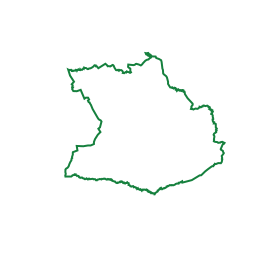 Phanat Nikhom, Chon Buri, Thailand, rotated 145°
{"feature_id": "78962969B17993818596580", "entity_name": "Phanat Nikhom", "entity_type": "district", "adm_level": 2, "iso_a3": "THA", "parent_name": "Thailand", "parent_adm1": "Chon Buri", "projection": "orthographic", "projection_center": [101.233, 13.452], "detail": "fine", "context": "isolated", "style": "outline", "palette": "green", "viewbox_px": 256, "rotation_deg": 145, "n_neighbors": 0, "source": "geoboundaries", "source_scale": "gbopen_adm2", "svg_char_len": 5721}
<svg xmlns="http://www.w3.org/2000/svg" viewBox="0 0 256 256"><g transform="rotate(145 128 128)"><path d="M143.5,210.1L145.4,204.2L145.7,196.9L149.0,196.1L148.8,194.7L150.3,193.5L149.8,192.8L151.4,192.0L151.6,189.6L148.8,187.5L144.9,186.4L146.9,177.0L145.1,177.0L143.3,175.7L143.6,173.6L145.1,173.4L145.4,171.7L144.8,170.9L145.1,169.8L145.1,168.3L146.1,163.8L147.0,153.6L147.0,151.9L146.0,149.8L146.0,148.5L150.6,144.6L152.7,144.4L152.9,140.5L156.6,139.8L161.4,137.8L163.9,136.1L165.1,134.4L168.6,135.1L170.7,136.6L175.1,138.7L180.3,142.7L182.3,138.6L187.0,139.8L187.5,139.3L188.4,137.9L190.7,136.2L190.9,135.4L192.0,135.1L193.0,133.9L194.4,133.4L196.5,132.2L198.7,130.6L200.3,130.1L202.0,130.2L203.0,129.9L204.6,127.8L205.3,126.1L206.7,125.0L207.1,124.1L202.3,120.8L201.5,120.8L200.6,121.1L199.1,120.4L198.7,120.7L198.2,120.7L197.8,120.3L198.1,120.2L198.2,119.8L197.6,119.4L197.3,118.1L197.0,118.2L196.1,117.1L196.0,116.5L196.3,115.7L195.7,115.0L195.7,114.6L194.1,113.9L194.0,113.0L193.0,112.0L193.0,111.2L192.6,110.7L191.4,110.3L191.0,110.5L190.5,109.2L190.2,109.5L189.5,108.9L189.0,108.9L188.9,108.3L188.6,108.2L188.5,107.9L186.0,106.6L185.6,105.7L185.2,105.6L184.3,104.9L184.2,103.7L183.8,103.6L183.5,103.0L182.5,103.2L181.9,102.8L180.3,102.4L179.2,101.1L178.6,101.3L177.5,100.5L176.6,100.3L176.4,99.8L175.8,99.5L175.5,98.6L175.0,97.9L174.3,98.0L174.2,97.6L173.5,97.5L173.2,96.8L172.8,96.9L172.4,96.6L172.5,96.4L172.3,95.9L171.7,96.1L171.3,95.9L171.4,94.6L170.9,94.6L170.8,93.2L169.3,91.5L169.4,90.9L169.0,89.7L168.5,89.5L168.4,89.1L168.0,88.9L167.5,89.1L167.1,88.7L166.0,88.5L165.4,88.0L164.9,88.1L164.9,88.5L164.2,88.3L163.6,87.6L163.8,87.1L163.4,86.8L163.5,85.9L162.7,85.7L162.9,85.1L162.6,84.9L162.3,84.3L161.9,84.5L160.6,83.7L160.3,83.8L160.4,84.0L159.9,84.0L160.0,83.5L159.6,83.2L159.1,82.3L160.2,81.0L159.7,80.6L159.4,79.9L159.5,78.9L158.6,77.9L158.2,78.0L157.1,77.4L157.2,76.1L156.5,76.0L155.9,75.1L155.9,74.8L155.5,74.5L155.2,73.7L155.5,73.7L155.7,73.4L155.4,73.0L155.0,73.0L155.3,72.6L154.3,72.3L154.3,71.5L153.6,70.8L153.1,70.8L153.1,70.5L153.4,70.5L153.5,70.3L152.8,69.9L152.7,68.8L152.2,69.1L151.8,68.8L151.6,69.0L151.4,68.6L150.8,68.8L149.7,68.0L149.3,67.3L148.9,67.3L148.6,66.9L148.1,67.0L147.8,66.5L148.2,66.4L148.3,66.0L147.9,65.6L147.7,64.9L148.1,64.5L148.0,64.3L147.4,64.3L147.6,63.6L147.3,63.2L146.9,63.7L146.6,63.5L146.4,62.5L146.5,61.7L145.8,61.7L145.7,60.6L145.1,60.5L144.7,59.8L144.1,59.6L143.9,59.3L144.1,58.9L143.8,58.9L143.8,58.6L142.7,59.1L140.0,59.0L139.6,59.8L137.0,59.5L136.8,60.2L135.2,60.1L135.2,58.3L132.8,58.1L132.7,57.7L131.5,57.5L129.9,57.6L129.8,57.9L129.4,57.8L129.0,57.8L128.9,57.4L126.4,57.2L126.2,56.8L125.3,56.4L125.2,56.1L124.6,56.0L124.1,55.3L123.5,55.0L122.0,54.7L121.0,54.8L119.7,54.4L118.7,53.6L118.6,53.8L117.9,53.7L117.7,54.0L117.1,53.6L114.2,53.3L114.8,52.1L105.6,48.7L96.5,48.1L95.1,47.3L89.6,48.2L85.8,48.4L81.4,48.5L80.3,48.1L80.0,47.8L78.9,48.5L78.6,48.3L77.4,48.9L77.0,48.3L76.5,48.0L74.2,47.5L72.1,45.9L70.7,46.4L68.8,48.2L68.9,48.8L68.1,49.3L67.3,51.3L65.0,52.0L63.9,52.5L63.8,54.1L63.4,54.9L64.3,56.9L64.2,57.5L59.6,60.4L58.8,60.0L57.5,60.4L58.7,62.6L60.1,63.2L61.1,63.2L61.6,63.7L62.6,64.1L63.0,65.3L64.6,66.7L65.3,67.9L64.2,69.0L64.1,69.5L62.2,71.3L61.8,72.3L61.8,73.3L60.7,74.0L58.2,74.0L57.8,75.0L57.0,75.0L56.6,75.3L56.5,75.8L56.8,76.1L56.7,76.5L55.6,76.7L55.7,78.2L53.8,80.9L54.2,81.8L55.0,82.4L54.5,82.7L54.1,83.3L54.7,83.8L54.5,85.2L53.8,86.5L53.2,86.3L52.6,87.2L52.2,88.6L51.5,89.4L51.2,91.0L51.8,91.8L51.3,92.2L50.2,92.2L49.3,92.7L49.0,92.9L49.7,93.8L48.9,94.4L49.9,95.3L50.0,95.5L49.5,95.7L50.5,97.0L49.4,97.5L49.1,98.1L49.5,98.9L50.1,99.1L49.9,100.0L50.2,100.8L52.1,101.6L52.5,102.1L52.6,102.5L53.4,103.2L54.4,102.8L54.7,103.2L55.0,103.0L56.2,103.1L57.1,104.3L57.5,103.8L57.8,104.0L59.1,103.7L60.2,103.9L61.5,105.2L63.9,105.7L64.3,106.8L64.9,106.9L65.5,107.5L64.4,108.3L63.8,109.2L61.7,109.9L61.1,110.9L62.1,118.2L61.9,123.2L61.2,124.5L61.5,125.3L60.9,125.6L61.4,126.6L61.0,127.2L61.5,127.8L62.1,128.2L62.8,128.2L63.0,127.7L63.5,128.3L63.4,128.9L64.3,129.1L64.2,129.8L64.4,130.2L64.9,130.3L64.8,130.8L65.4,130.8L65.7,130.4L66.1,130.6L66.7,130.4L66.6,131.5L66.3,131.8L66.9,132.1L66.6,132.6L66.2,132.6L66.5,133.5L66.3,133.7L67.0,134.5L67.9,134.2L68.0,134.6L68.8,135.3L68.6,136.1L69.3,136.3L70.1,137.0L70.1,138.4L69.9,141.2L68.7,142.8L67.1,147.1L67.0,148.5L67.9,151.6L67.9,152.5L66.1,155.5L65.7,157.0L62.6,162.8L62.0,164.5L63.0,166.7L64.7,169.1L64.4,170.7L67.4,173.0L67.6,175.2L68.3,176.3L68.4,177.9L70.0,178.6L70.6,179.2L70.9,177.9L70.2,176.8L70.0,175.6L69.1,174.6L69.0,172.6L70.6,172.7L71.9,172.4L73.3,173.0L75.1,173.2L79.0,172.4L79.8,172.0L81.6,171.9L82.8,173.9L84.4,175.8L84.9,176.0L86.3,175.9L87.5,176.4L91.4,179.8L92.9,178.0L92.7,176.8L92.1,175.6L92.1,175.2L93.4,173.4L93.6,171.9L94.7,172.0L95.1,173.0L96.2,174.2L96.5,175.0L97.6,174.5L98.0,175.2L99.7,175.1L100.6,176.0L100.1,176.3L99.9,178.2L100.4,179.4L101.5,180.0L101.7,180.4L102.6,180.1L102.8,181.4L103.7,181.5L104.6,182.3L104.5,185.1L104.0,187.3L104.2,188.2L104.6,188.6L105.9,188.4L106.5,188.7L107.2,188.6L108.5,189.9L109.2,190.2L109.2,191.6L109.7,193.6L118.0,194.0L118.2,196.4L118.9,196.9L118.5,197.7L119.5,198.6L121.0,198.2L123.0,198.2L124.5,198.4L125.7,199.1L126.6,199.0L127.3,199.4L128.0,201.2L129.1,202.0L129.3,202.6L129.8,202.2L129.8,202.4L130.4,202.4L130.5,202.2L132.3,202.0L132.8,202.6L133.6,202.7L133.6,203.1L133.8,202.9L134.4,203.2L134.9,203.7L134.8,204.1L135.2,204.3L135.2,204.5L136.0,204.4L136.2,204.6L136.8,204.3L136.7,204.7L137.1,205.2L137.3,204.9L138.0,205.1L138.2,205.5L138.5,205.4L139.7,206.2L140.4,206.2L140.8,206.5L140.5,206.6L140.6,206.9L140.9,207.1L141.2,208.3L143.0,209.0L142.9,209.3L143.2,209.5L143.5,210.1Z" fill="none" stroke="#15803d" stroke-width="2"/></g></svg>